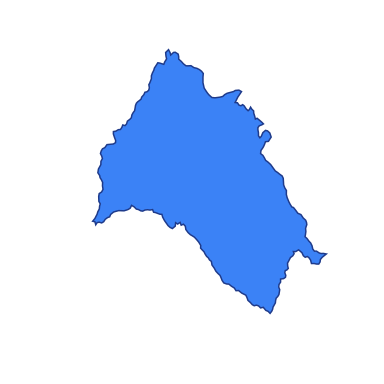 Pindamonhangaba, São Paulo, Brazil, rotated 339°
{"feature_id": "56859067B24511577204159", "entity_name": "Pindamonhangaba", "entity_type": "district", "adm_level": 2, "iso_a3": "BRA", "parent_name": "Brazil", "parent_adm1": "São Paulo", "projection": "equal_earth", "projection_center": [-45.457, -22.887], "detail": "fine", "context": "isolated", "style": "filled", "palette": "blue", "viewbox_px": 384, "rotation_deg": 339, "n_neighbors": 0, "source": "geoboundaries", "source_scale": "gbopen_adm2", "svg_char_len": 4080}
<svg xmlns="http://www.w3.org/2000/svg" viewBox="0 0 384 384"><g transform="rotate(339 192 192)"><path d="M120.3,123.3L120.6,126.2L120.3,128.8L118.0,130.7L116.7,133.8L112.9,137.0L111.0,140.3L111.7,143.5L111.3,145.7L111.8,148.1L112.0,151.0L110.6,154.2L109.9,157.6L107.6,159.6L104.8,160.2L103.3,162.7L101.7,167.4L102.1,170.2L100.7,172.0L99.4,174.6L96.9,176.8L95.4,178.8L94.0,180.0L91.9,181.9L88.8,183.7L90.7,185.0L90.4,188.1L92.4,186.6L94.5,186.9L96.6,188.5L98.9,188.1L101.2,186.4L104.1,185.6L106.2,185.7L108.0,183.8L111.6,182.6L114.3,182.8L116.9,183.1L119.0,184.0L121.8,185.2L124.8,185.4L126.5,185.4L128.6,184.9L130.8,182.8L132.7,185.2L133.9,188.0L135.6,189.1L137.5,191.3L139.2,192.2L141.6,192.0L144.1,192.6L146.3,193.8L148.9,194.3L148.9,197.1L150.5,198.1L152.4,199.8L154.0,201.2L155.9,202.1L155.6,204.9L156.1,208.9L156.9,212.0L157.6,214.8L158.9,217.3L160.6,219.1L164.1,217.9L165.7,214.8L167.1,216.8L170.0,216.1L170.0,219.1L172.5,219.0L173.5,221.6L172.8,224.8L173.8,228.5L175.2,231.3L176.5,232.9L178.1,235.1L179.2,237.9L180.3,241.1L181.0,245.0L179.9,247.5L180.8,249.8L181.8,252.1L182.0,254.5L182.6,257.4L183.6,259.2L184.0,261.7L185.2,263.7L184.5,267.3L185.5,271.1L185.9,274.5L187.0,277.3L188.3,279.9L188.4,282.3L188.4,285.3L189.1,288.3L191.4,290.3L193.4,291.2L195.0,294.0L197.1,296.8L197.7,299.9L200.2,300.7L202.2,304.2L205.3,307.6L205.5,310.5L205.4,313.3L206.9,316.1L207.9,318.8L209.3,320.5L211.5,320.7L213.3,322.1L214.5,324.8L217.2,325.2L218.5,329.0L220.3,330.7L221.4,333.3L223.7,331.9L225.3,330.3L226.3,328.6L230.1,325.4L231.2,323.2L232.5,321.3L234.6,320.3L236.4,318.9L238.9,314.6L238.9,311.8L240.1,309.5L242.4,307.9L243.5,305.0L246.5,305.7L248.7,305.1L249.7,303.4L249.7,300.6L250.9,298.8L252.6,298.8L254.5,297.8L254.8,295.4L255.7,292.6L257.5,291.1L260.4,288.5L263.2,287.7L265.2,286.2L265.3,283.9L267.4,284.8L270.8,284.2L272.9,288.1L273.1,291.4L274.3,293.5L276.5,293.5L277.6,295.2L278.3,298.0L277.9,301.6L280.5,302.6L282.3,303.8L284.5,304.7L286.5,303.2L287.7,301.0L290.2,299.6L293.0,298.7L295.2,298.0L292.6,296.4L290.5,295.7L289.0,294.6L287.0,291.8L285.1,291.1L284.3,288.5L284.8,285.2L284.5,282.0L283.6,280.0L282.7,276.6L281.5,274.3L282.5,272.7L284.1,269.8L285.0,266.7L286.2,265.1L287.5,263.6L288.0,261.4L288.0,259.1L286.5,256.1L285.6,252.1L283.2,249.8L282.3,246.4L281.2,242.9L279.8,241.7L279.2,238.4L278.9,235.7L278.8,231.4L279.2,228.1L280.7,224.4L280.1,221.5L280.1,218.2L280.9,215.7L282.1,211.9L281.9,209.3L280.1,206.6L279.0,204.6L277.3,202.2L276.2,198.1L275.3,194.6L273.5,191.0L272.1,188.9L271.8,186.0L271.3,183.2L269.8,180.7L271.3,177.9L273.3,176.6L275.0,175.3L276.9,173.4L278.6,171.4L281.5,172.1L285.6,169.1L285.8,164.8L284.4,162.0L282.7,160.8L279.4,162.0L276.6,164.9L274.8,165.7L274.2,163.4L275.3,160.4L275.8,157.6L276.6,155.5L278.5,154.3L281.4,154.3L283.1,154.0L282.1,151.7L280.7,149.1L279.2,146.5L277.3,146.6L277.7,143.8L277.9,140.4L278.6,138.4L277.5,136.0L277.1,133.8L275.1,135.6L273.5,136.2L272.3,133.7L271.6,130.3L270.6,128.6L268.6,129.0L267.0,127.7L266.4,125.0L264.3,123.9L266.3,122.1L268.9,119.7L271.4,118.0L274.2,116.0L272.3,113.7L268.8,112.7L266.8,113.1L260.1,112.4L257.4,112.8L255.0,113.8L252.2,113.5L249.7,112.9L247.2,112.3L244.4,110.9L242.6,107.3L241.9,105.2L241.3,102.7L240.6,99.4L241.4,93.9L243.4,88.7L245.0,85.4L244.2,82.7L242.8,80.4L240.9,78.3L238.4,76.6L236.3,73.7L233.2,72.7L231.6,72.0L229.9,69.2L228.9,66.5L227.2,63.2L228.1,60.8L228.5,58.3L226.4,55.5L224.7,55.1L221.2,56.5L221.5,54.3L221.1,50.7L217.4,52.3L216.4,55.8L216.0,58.6L213.0,60.9L211.4,62.7L208.1,60.1L206.4,59.1L203.0,61.6L201.3,62.8L200.0,64.6L197.7,66.7L195.7,69.0L194.7,71.7L191.6,75.1L190.2,76.3L189.5,79.5L188.0,81.5L185.9,82.3L183.8,82.0L181.9,83.9L179.0,85.4L177.8,87.0L175.6,87.8L173.7,88.3L171.9,89.2L170.3,90.9L169.1,93.0L167.5,95.6L165.5,96.8L163.5,98.5L162.0,100.9L160.2,101.8L157.1,102.7L155.2,105.1L153.3,106.0L151.4,104.6L149.7,106.5L147.6,108.0L145.5,107.4L142.7,107.9L140.3,107.4L139.4,109.6L139.2,113.2L139.2,116.5L138.3,118.5L135.8,119.0L132.5,118.1L129.6,117.3L126.6,119.3L123.9,119.6L122.0,121.1L120.3,123.3Z" fill="#3b82f6" stroke="#1e3a8a" stroke-width="1.5"/></g></svg>